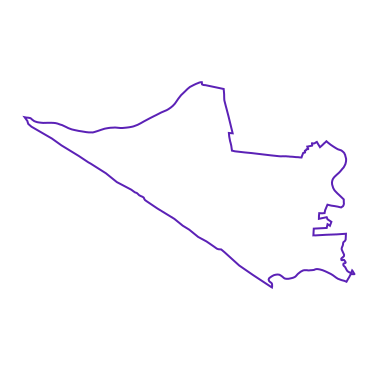 Hai Hau, Nam Định, Vietnam (Albers equal-area conic projection), rotated 83°
{"feature_id": "81297802B21970288414729", "entity_name": "Hai Hau", "entity_type": "district", "adm_level": 2, "iso_a3": "VNM", "parent_name": "Vietnam", "parent_adm1": "Nam Định", "projection": "albers", "projection_center": [106.28, 20.123], "detail": "fine", "context": "isolated", "style": "outline", "palette": "violet", "viewbox_px": 384, "rotation_deg": 83, "n_neighbors": 0, "source": "geoboundaries", "source_scale": "gbopen_adm2", "svg_char_len": 5294}
<svg xmlns="http://www.w3.org/2000/svg" viewBox="0 0 384 384"><g transform="rotate(83 192 192)"><path d="M299.9,49.6L297.7,48.0L295.6,46.3L293.2,44.7L293.0,44.3L293.0,43.6L293.2,42.0L293.3,41.3L293.3,40.9L293.2,40.8L292.3,41.2L290.0,42.2L289.4,42.6L290.3,43.1L290.9,43.4L291.2,43.7L291.3,44.0L291.4,44.4L291.4,44.8L291.2,45.2L290.5,46.2L289.8,47.0L289.1,47.6L288.2,48.0L286.7,48.6L285.5,49.0L284.9,49.4L284.2,50.0L283.7,50.4L283.3,50.6L282.5,50.7L281.9,50.5L281.5,50.3L281.4,49.8L281.3,49.0L281.1,48.4L280.9,48.2L280.6,48.1L279.6,48.4L279.1,48.7L278.4,49.1L278.0,49.3L277.9,49.5L277.8,50.1L278.0,51.2L278.0,51.4L277.9,51.7L277.8,51.9L277.3,52.0L276.5,52.0L276.0,51.6L275.3,50.6L274.8,49.8L274.3,49.1L273.9,49.0L273.4,48.8L272.9,48.7L272.1,48.9L270.3,49.5L268.1,50.2L267.2,50.4L266.8,50.4L266.1,50.3L265.2,49.9L263.7,49.0L263.2,48.8L262.5,48.5L261.4,48.3L260.6,48.0L260.4,47.9L260.1,47.6L259.3,46.3L258.7,45.8L258.0,45.3L252.2,44.3L251.7,53.5L250.8,64.2L250.6,67.4L250.1,74.9L249.8,76.7L249.8,76.8L243.2,75.6L244.1,62.7L240.5,61.4L242.2,59.3L242.3,59.2L238.6,57.3L235.6,60.8L233.4,61.4L234.1,69.3L231.2,68.9L229.0,68.4L228.5,68.3L229.0,65.5L229.1,63.0L226.1,62.0L226.0,61.9L221.1,59.1L222.5,55.4L223.0,53.5L223.5,51.7L223.6,51.4L224.3,49.1L224.7,48.1L225.5,45.9L224.6,44.1L224.3,43.7L223.5,43.2L222.4,42.7L221.7,42.6L220.9,42.6L218.9,42.4L218.4,42.3L217.8,42.3L215.6,44.1L212.2,46.9L211.3,47.7L208.5,49.8L207.2,50.6L205.1,51.4L201.7,52.0L201.1,52.0L199.6,51.9L198.2,51.5L197.5,51.2L197.2,51.1L196.5,50.7L195.7,50.1L194.8,49.2L194.4,48.8L192.4,46.1L191.8,45.2L190.6,43.5L189.4,42.1L189.2,41.9L187.4,40.0L186.1,38.5L184.3,37.2L182.9,36.3L180.4,35.4L179.4,35.2L177.9,35.0L177.1,35.1L174.9,35.4L173.8,35.5L173.4,35.7L173.1,35.8L172.0,36.1L171.4,36.5L170.6,37.1L170.4,37.3L169.9,37.8L169.4,38.2L169.2,38.5L168.9,38.8L168.7,39.2L168.6,39.5L168.1,40.4L167.6,41.6L166.8,42.8L165.8,44.1L163.9,46.4L162.0,48.6L159.8,50.8L158.0,52.4L158.2,52.7L158.9,53.5L159.5,54.5L161.5,57.1L162.7,58.9L163.1,59.5L159.6,61.1L157.5,62.0L157.7,62.6L158.5,64.2L158.7,65.1L158.6,65.5L158.6,65.8L158.5,66.2L158.4,66.4L158.3,66.7L158.2,66.9L158.3,67.0L158.5,67.0L158.8,67.0L159.2,67.0L159.7,67.0L160.0,67.0L160.4,67.0L160.6,67.1L160.8,68.9L160.9,71.1L161.0,71.8L161.0,72.0L162.4,71.7L162.9,71.5L163.3,71.4L163.5,71.4L163.6,71.5L163.6,72.1L163.5,73.0L163.7,73.3L163.8,73.4L164.0,73.5L164.3,73.6L164.5,73.8L164.7,74.4L164.8,74.9L165.0,75.0L165.4,75.0L165.8,75.0L166.5,75.0L166.7,75.4L166.7,76.1L166.7,76.5L166.8,76.8L166.9,77.0L167.6,77.3L169.6,78.4L171.1,79.1L170.9,80.3L170.6,81.6L170.4,82.3L170.1,84.2L170.0,84.8L169.7,86.0L169.2,88.3L168.8,90.7L168.6,91.3L168.3,93.0L168.1,93.8L167.9,95.0L167.8,96.2L167.5,98.2L167.5,98.8L167.4,99.6L167.2,100.8L165.2,109.4L162.2,121.7L160.6,128.2L159.2,134.6L156.8,144.6L156.7,144.8L155.8,147.3L150.8,147.4L148.1,147.7L146.1,148.0L141.5,148.3L137.9,148.2L138.7,144.5L137.7,144.6L132.8,145.2L120.9,146.6L112.7,147.7L111.4,147.9L109.1,148.2L105.2,148.7L104.2,148.7L101.8,148.5L98.9,148.2L96.6,148.1L93.6,148.0L87.6,165.6L87.5,166.2L87.3,167.0L87.2,167.6L86.4,168.9L84.2,168.9L84.1,170.3L84.4,172.0L84.5,172.2L85.2,174.9L86.0,177.3L87.5,181.3L89.1,183.8L92.3,188.0L94.6,191.1L97.7,194.2L100.2,196.4L102.3,198.3L104.2,200.6L105.6,202.8L106.9,205.3L107.2,206.0L107.7,207.2L109.3,212.8L111.4,218.5L111.9,220.0L113.6,224.7L116.1,231.2L117.4,234.3L118.7,237.8L119.7,241.9L119.9,243.3L120.1,246.4L120.1,246.6L120.1,249.5L120.0,253.0L119.8,255.1L119.2,257.8L118.6,260.6L118.5,262.8L118.3,264.8L118.3,266.6L118.4,269.0L118.5,270.7L118.6,271.4L119.2,274.6L119.9,277.9L120.6,281.7L120.8,283.2L120.6,284.5L120.3,287.0L119.7,289.6L118.2,294.7L117.6,296.9L116.2,301.0L115.2,303.7L114.8,304.5L113.5,307.0L112.1,309.1L109.7,312.9L109.0,314.6L107.7,317.1L107.0,319.0L106.5,321.2L106.0,324.3L105.5,329.1L105.4,330.1L105.3,331.3L104.6,334.4L103.9,336.9L103.0,338.9L102.3,340.1L100.7,341.8L99.5,342.8L99.0,343.4L98.4,345.1L97.9,347.5L97.4,349.0L101.6,346.7L102.7,346.6L104.5,346.2L107.6,343.4L118.5,329.0L121.8,324.6L129.8,315.9L142.5,299.9L149.9,291.3L151.5,289.1L162.9,275.2L173.0,265.4L178.2,257.9L182.3,252.0L185.4,248.7L186.2,247.0L186.9,246.3L188.8,244.8L189.8,243.3L190.8,241.6L191.7,240.6L193.1,240.2L194.3,239.6L195.6,238.2L203.6,229.0L204.2,228.3L216.5,212.8L224.3,205.3L229.0,199.4L237.4,191.3L242.8,183.7L245.6,180.5L248.9,176.8L251.3,174.2L252.0,172.8L252.6,170.0L255.8,167.0L270.7,154.1L281.8,141.6L296.5,124.3L295.6,124.0L294.7,123.9L293.9,123.8L293.2,123.8L292.6,123.9L292.2,124.1L291.7,124.5L290.9,125.4L290.1,126.1L289.5,126.4L288.9,126.5L288.3,126.6L287.6,126.3L287.1,126.0L286.6,125.4L286.5,125.1L285.8,123.9L285.1,122.4L284.5,120.7L284.3,118.9L284.3,117.9L284.3,117.4L284.5,116.3L284.8,115.3L285.3,114.6L286.2,113.5L287.4,112.3L288.5,111.3L289.1,110.6L289.6,109.2L289.8,108.0L289.9,106.9L289.8,105.3L289.6,103.3L289.4,102.0L289.1,101.0L288.9,100.4L288.5,99.6L287.8,98.7L287.6,98.5L286.2,96.9L284.5,94.1L284.2,93.5L283.4,91.3L283.3,90.0L283.4,89.0L283.6,87.5L284.0,86.2L284.1,84.8L284.1,83.6L284.2,82.4L284.2,81.1L284.2,80.4L283.9,79.5L283.7,78.4L283.7,77.5L283.9,76.4L284.5,74.4L284.8,73.7L285.5,72.0L286.7,69.8L288.0,67.7L289.3,65.7L290.2,64.3L291.6,62.5L294.9,59.0L295.1,58.7L295.8,57.9L296.6,56.4L297.6,54.5L298.8,51.5L299.9,49.6Z" fill="none" stroke="#5b21b6" stroke-width="2"/></g></svg>